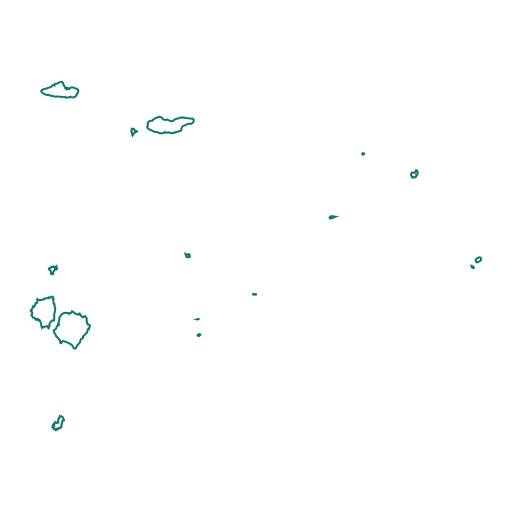 outline of Torres Strait Island, Queensland, Australia
{"feature_id": "25037944B93306496735140", "entity_name": "Torres Strait Island", "entity_type": "district", "adm_level": 2, "iso_a3": "AUS", "parent_name": "Australia", "parent_adm1": "Queensland", "projection": "robinson", "projection_center": [142.755, -9.902], "detail": "fine", "context": "isolated", "style": "outline", "palette": "teal", "viewbox_px": 512, "rotation_deg": 0, "n_neighbors": 0, "source": "geoboundaries", "source_scale": "gbopen_adm2", "svg_char_len": 5770}
<svg xmlns="http://www.w3.org/2000/svg" viewBox="0 0 512 512"><path d="M83.0,338.1L83.1,337.1L82.9,336.6L83.3,336.0L84.6,335.0L86.5,332.8L86.9,332.8L87.8,329.7L88.3,328.9L89.0,329.1L89.3,327.3L89.9,326.2L89.7,325.1L89.1,324.7L88.2,324.6L88.2,324.2L87.0,323.3L86.7,322.6L86.9,322.4L86.7,321.8L86.9,321.1L86.5,319.8L86.8,318.6L86.0,317.6L85.5,316.3L85.2,316.2L83.7,316.6L83.2,317.3L82.4,317.2L81.9,316.9L80.5,314.9L80.1,314.7L79.7,313.5L79.3,313.5L78.7,314.6L77.1,314.4L75.0,313.5L73.6,312.1L72.3,311.4L71.9,311.3L71.6,312.3L71.0,313.0L69.8,313.2L69.1,313.8L69.0,313.4L68.6,313.1L65.3,312.8L63.4,313.2L61.4,314.7L59.5,317.4L58.9,321.7L58.3,323.2L58.2,323.8L59.1,324.3L58.9,325.2L59.3,325.6L58.7,325.3L58.6,324.4L58.2,324.5L56.7,326.8L56.2,328.5L55.2,329.5L54.0,330.1L53.7,330.6L53.9,332.0L54.8,333.7L55.4,334.2L56.2,336.3L58.9,339.0L59.1,339.6L60.0,340.3L60.2,341.2L60.1,342.0L60.5,343.0L61.3,343.2L61.7,342.0L62.9,341.0L66.2,342.0L71.2,344.4L72.2,345.5L73.7,348.2L74.4,348.6L75.5,348.5L76.1,348.0L76.8,345.6L77.5,345.2L80.0,342.3L80.3,340.7L81.2,338.9L83.0,338.1ZM170.3,121.0L167.4,119.6L166.4,119.9L164.0,119.7L163.2,119.3L161.3,117.3L159.4,116.8L158.1,117.0L157.4,117.5L155.7,118.0L153.0,119.8L152.2,120.8L150.1,120.8L148.0,122.3L147.7,123.9L147.9,125.4L147.1,126.9L147.4,127.9L150.0,129.8L151.3,130.2L153.4,131.4L155.0,131.8L158.0,132.2L158.5,132.7L159.7,133.2L161.0,133.4L163.9,132.9L164.6,132.6L164.8,132.1L166.0,132.7L169.0,132.4L170.2,132.9L172.3,133.3L174.6,132.3L174.9,132.6L175.3,132.3L178.6,131.5L179.1,131.1L180.3,131.1L181.4,130.0L181.4,128.8L182.1,127.0L183.0,126.1L188.7,123.6L191.2,123.9L192.7,122.8L193.7,121.3L193.7,119.7L192.9,118.8L185.5,118.0L183.7,117.4L182.7,117.8L180.5,117.4L178.3,118.5L176.5,118.7L174.9,119.4L172.4,121.3L170.3,121.0ZM38.5,320.0L39.1,320.1L39.4,320.5L38.4,320.5L40.1,321.1L40.4,321.7L41.2,323.9L41.2,325.3L41.9,327.6L42.4,326.8L43.2,326.9L43.6,327.4L45.6,326.3L47.2,326.2L47.8,326.4L48.1,327.9L48.6,328.3L49.4,326.0L49.6,325.1L49.3,324.4L50.1,322.7L52.1,320.4L54.0,320.6L54.3,319.4L54.1,318.0L54.4,316.5L54.0,315.8L55.3,309.1L54.4,305.3L54.6,304.2L54.4,303.9L53.8,303.8L53.5,302.7L53.3,299.8L52.9,299.5L52.9,298.9L53.4,298.8L53.3,298.2L52.7,296.7L51.5,296.8L50.2,297.7L50.0,297.4L48.7,297.3L48.5,298.0L48.2,297.8L45.8,298.5L44.1,298.6L43.8,299.5L43.5,299.4L42.2,299.9L41.2,299.9L40.5,300.2L38.7,299.9L37.2,299.2L37.4,300.8L37.0,302.7L36.7,303.0L35.7,303.0L35.4,304.7L34.3,306.4L33.7,306.9L33.1,306.3L32.1,309.1L31.4,309.8L31.5,310.3L30.9,310.4L30.7,310.7L31.2,311.3L31.6,311.2L31.7,312.0L32.1,312.3L32.3,313.2L32.1,314.2L31.3,315.0L32.2,316.1L32.6,317.0L33.2,317.7L34.2,317.8L35.0,318.3L35.1,318.7L36.1,319.9L36.7,319.7L37.0,318.9L37.7,318.8L39.0,319.7L38.5,320.0ZM41.3,91.5L42.8,93.3L45.8,94.6L47.8,95.2L49.2,95.1L51.3,95.9L53.6,96.2L55.0,96.7L58.5,96.5L64.3,97.3L65.2,96.8L65.8,97.5L67.1,97.7L69.4,97.2L70.1,96.7L71.1,97.2L73.3,97.4L73.8,97.4L76.2,95.9L76.7,94.9L76.7,94.1L77.9,92.7L78.4,90.4L77.8,89.5L74.4,87.9L72.0,87.3L69.9,88.0L69.1,89.1L68.1,88.7L66.5,89.4L65.8,88.8L66.3,88.6L66.8,87.9L65.9,88.0L64.7,86.8L63.7,85.0L63.0,82.9L61.8,81.8L60.7,82.2L59.4,82.2L57.3,83.6L55.3,83.8L54.9,84.4L54.3,84.5L54.3,85.1L53.9,84.7L52.8,85.3L51.0,86.9L45.9,88.7L43.4,89.2L41.4,90.5L41.3,91.5ZM60.6,416.6L60.1,416.3L60.2,416.8L59.7,417.0L59.6,417.3L58.8,418.0L59.0,418.7L58.6,418.9L58.1,420.0L58.3,420.7L57.9,421.5L58.1,422.2L57.6,422.0L57.8,422.2L57.6,422.3L57.6,422.7L57.2,422.8L57.2,423.1L57.1,422.7L56.7,423.0L55.2,422.0L54.9,422.8L54.5,423.1L54.3,424.1L53.7,423.9L53.4,424.0L53.2,424.8L53.6,425.3L53.0,425.2L52.5,426.6L52.9,426.8L52.7,427.4L53.5,427.6L53.5,428.7L53.9,428.9L54.6,428.6L55.0,429.3L55.5,429.2L55.9,429.7L55.9,430.2L56.4,430.2L56.7,429.0L57.1,428.6L57.7,429.1L58.6,428.7L58.9,427.9L60.2,428.0L60.5,427.4L61.3,427.2L61.6,426.3L61.5,426.0L61.5,424.3L61.8,423.7L62.3,421.3L63.1,420.2L63.7,420.5L64.1,420.4L64.0,419.9L62.5,416.9L61.4,416.3L60.6,416.6ZM50.7,270.9L51.3,274.0L51.7,274.3L52.4,274.2L52.6,273.8L53.2,273.8L53.1,273.2L53.3,272.1L54.7,269.9L55.8,269.0L56.3,268.9L56.6,269.3L57.0,269.1L56.8,267.5L56.2,267.4L56.2,267.1L55.8,267.7L55.2,267.7L54.9,267.2L54.5,267.5L54.1,267.1L54.3,266.6L53.5,266.5L52.9,267.0L52.7,266.7L51.4,266.8L51.0,267.6L49.0,268.4L48.8,268.7L48.9,269.2L50.7,270.9ZM415.7,171.4L414.9,172.6L413.8,172.7L413.6,172.9L412.0,172.6L411.5,173.2L411.0,175.2L411.9,176.6L412.0,177.1L412.4,177.1L412.4,177.5L413.1,177.6L414.3,177.1L414.5,177.3L415.7,177.2L416.2,176.3L416.2,175.9L416.5,175.5L416.3,175.2L416.7,174.9L416.6,174.5L417.4,174.5L417.8,172.1L417.6,171.8L417.1,171.6L417.0,171.1L416.3,171.3L416.4,170.5L416.1,170.2L415.9,170.3L415.7,171.4ZM481.3,258.9L480.5,257.6L479.1,257.3L476.1,258.9L475.6,260.1L476.2,262.0L476.8,262.4L477.3,262.4L480.2,261.0L480.8,260.1L481.3,258.9ZM131.4,131.6L132.5,135.4L133.2,134.4L133.2,134.0L135.4,132.2L136.4,131.9L137.0,131.4L136.9,131.1L136.0,131.2L135.1,131.0L134.9,131.2L134.3,129.4L133.6,128.7L132.9,129.0L131.8,128.7L131.5,129.4L131.7,131.2L131.4,131.6ZM189.4,255.8L189.7,254.9L189.1,254.3L188.6,254.8L188.3,254.4L187.3,254.3L186.5,255.0L186.4,254.6L185.5,254.1L186.3,256.8L188.2,257.4L189.3,257.0L189.2,256.7L189.7,256.7L189.1,255.7L189.4,255.8ZM330.5,216.5L329.6,217.6L329.8,218.3L330.2,218.5L331.7,218.2L335.5,216.7L331.5,216.1L330.5,216.5ZM197.5,335.4L198.1,336.0L199.1,335.9L199.8,335.4L200.3,334.6L199.7,334.1L198.5,334.3L197.9,334.7L197.5,335.4ZM471.5,265.9L471.8,267.1L472.2,267.7L472.8,267.6L473.6,268.2L473.9,267.8L473.1,266.5L471.5,265.9ZM252.9,294.4L254.2,294.7L256.8,294.5L255.3,294.0L252.9,294.2L252.9,294.4ZM362.6,154.3L362.7,154.6L363.1,154.6L364.0,154.1L364.1,153.6L363.6,153.2L363.0,153.1L362.3,154.1L362.6,154.3ZM198.6,319.0L197.9,318.9L197.0,319.3L198.0,319.4L198.6,319.2L198.6,319.0Z" fill="none" stroke="#0f766e" stroke-width="2"/></svg>